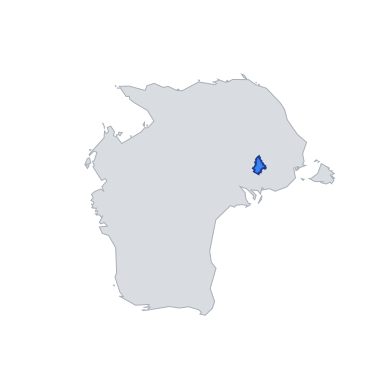 Wentworth, New South Wales, Australia shown in context, rotated 299°
{"feature_id": "25037944B48452017149194", "entity_name": "Wentworth", "entity_type": "district", "adm_level": 2, "iso_a3": "AUS", "parent_name": "Australia", "parent_adm1": "New South Wales", "projection": "orthographic", "projection_center": [141.921, -33.671], "detail": "fine", "context": "in_parent", "style": "filled", "palette": "blue", "viewbox_px": 384, "rotation_deg": 299, "n_neighbors": 0, "source": "geoboundaries", "source_scale": "gbopen_adm2", "svg_char_len": 5748}
<svg xmlns="http://www.w3.org/2000/svg" viewBox="0 0 384 384"><g transform="rotate(299 192 192)"><path d="M254.1,85.6L258.1,101.8L263.1,101.1L268.7,106.2L269.5,116.2L272.8,119.8L273.4,129.3L275.7,134.3L291.4,144.4L297.0,160.0L298.8,160.9L299.2,158.2L302.5,161.2L303.1,159.9L304.1,167.8L306.0,170.3L310.2,173.1L317.7,187.0L316.7,195.8L318.8,206.7L312.7,226.0L309.1,232.9L301.3,240.4L293.5,256.1L291.0,268.1L279.1,270.2L273.0,275.2L269.4,275.5L270.3,278.5L264.9,273.9L265.7,272.9L265.4,271.8L264.4,271.8L262.4,273.6L261.1,272.4L263.4,270.7L262.2,269.3L254.4,275.7L242.4,272.4L233.0,264.4L232.5,258.1L227.9,252.6L229.8,252.7L229.7,251.0L223.4,252.9L225.1,248.6L222.4,242.6L220.3,249.7L215.6,250.6L216.3,248.2L218.5,248.1L221.3,238.3L220.1,231.2L217.1,238.9L212.5,242.0L209.5,246.7L210.1,249.0L208.2,248.8L205.0,246.5L206.9,246.3L205.2,241.9L201.9,237.0L199.4,236.6L198.6,232.2L179.3,226.3L148.9,236.1L140.0,242.9L136.9,250.0L116.4,254.7L107.3,264.8L99.9,266.2L90.6,263.3L89.1,258.1L91.3,258.5L92.3,254.8L89.8,244.3L84.5,237.4L80.9,227.8L66.9,210.0L71.1,211.1L67.5,205.5L69.9,208.7L72.9,209.0L65.6,197.5L65.7,178.8L67.2,182.7L69.7,177.2L80.4,165.8L84.8,165.2L106.2,152.3L113.6,140.2L112.3,133.6L116.5,127.9L121.1,134.6L122.7,130.1L119.9,127.7L120.5,125.7L128.3,125.6L125.8,125.3L127.2,122.1L125.6,119.7L129.7,118.7L128.0,117.0L131.5,116.2L130.1,113.6L132.8,110.0L133.2,111.8L135.6,111.2L135.6,107.7L139.1,108.4L141.2,105.2L145.1,106.6L150.4,110.8L149.8,114.8L153.0,110.6L160.3,112.2L161.7,109.9L158.3,107.3L166.1,93.1L167.9,93.7L170.7,90.1L171.8,91.4L180.6,89.6L180.2,86.4L174.2,84.7L175.1,83.8L196.8,88.8L203.0,85.9L201.5,88.6L204.2,89.8L207.3,86.6L210.2,89.0L207.0,95.1L203.2,95.9L203.5,100.1L200.3,107.1L219.9,118.4L225.2,119.5L226.9,122.4L235.6,124.3L241.7,113.5L242.1,98.0L243.1,92.2L245.3,90.8L243.6,88.2L249.1,77.2L254.1,85.6ZM260.6,289.1L269.1,293.0L279.5,291.3L279.5,301.0L279.0,299.2L277.8,301.2L277.1,307.6L273.7,304.8L271.1,310.5L266.8,309.9L267.7,308.3L264.1,305.4L262.8,300.4L264.4,301.3L260.7,294.3L260.6,289.1ZM164.1,85.0L170.3,84.3L172.2,85.8L168.3,89.5L164.1,85.0ZM213.8,255.4L223.1,254.7L219.2,256.4L213.8,255.4ZM208.8,98.9L210.2,102.2L206.2,101.8L206.8,99.5L208.8,98.9ZM317.3,185.5L317.4,181.5L319.1,178.3L319.5,180.8L317.3,185.5ZM277.6,284.1L280.4,285.1L280.4,286.4L277.6,284.1ZM163.6,86.0L165.9,89.0L161.9,89.2L163.6,86.0ZM257.5,283.9L255.9,283.5L256.8,281.2L257.5,283.9ZM229.9,116.7L228.0,117.8L226.2,118.4L227.1,116.5L229.9,116.7ZM66.7,209.1L65.0,207.6L64.5,205.9L64.7,205.7L66.7,209.1ZM279.7,287.7L280.8,288.7L278.7,287.8L279.7,287.7ZM305.3,168.4L306.6,168.5L306.5,170.2L305.3,168.4ZM273.9,129.2L275.5,130.3L275.2,130.9L273.9,129.2ZM273.4,308.3L273.4,309.9L272.4,309.3L273.4,308.3ZM318.5,197.5L318.4,199.7L318.5,197.5ZM179.8,83.2L178.7,82.5L179.4,81.9L179.8,83.2ZM208.6,81.4L207.2,83.1L208.9,80.2L208.6,81.4ZM319.0,194.9L318.3,195.6L318.8,194.8L319.0,194.9ZM211.6,111.5L210.7,111.9L211.2,111.1L211.6,111.5ZM205.8,99.0L204.7,99.2L205.3,98.2L205.8,99.0ZM72.7,168.0L72.7,169.5L72.2,169.5L72.7,168.0ZM247.2,76.5L247.2,77.6L246.7,76.8L247.2,76.5ZM264.4,272.4L264.6,273.1L264.2,272.9L264.4,272.4ZM206.8,83.6L204.8,84.8L206.8,83.3L206.8,83.6ZM130.1,112.0L129.4,112.9L129.8,111.9L130.1,112.0ZM274.1,307.2L273.5,307.4L273.8,306.9L274.1,307.2ZM229.1,120.8L227.9,120.8L228.5,120.0L229.1,120.8ZM126.6,118.6L126.1,119.2L126.0,118.1L126.6,118.6ZM278.4,304.1L277.6,304.5L277.9,303.6L278.4,304.1ZM247.9,73.5L247.8,74.2L247.2,73.9L247.9,73.5ZM263.9,273.3L264.6,274.1L263.4,273.8L263.9,273.3ZM293.4,144.4L292.6,144.4L293.0,143.5L293.4,144.4ZM298.6,158.0L298.2,158.0L298.5,157.3L298.6,158.0ZM261.0,288.0L260.7,288.6L260.6,287.8L261.0,288.0Z" fill="#d9dde1" stroke="#a8b0b8" stroke-width="1"/><path d="M255.1,234.9L255.3,233.9L255.7,233.9L255.8,233.5L255.9,233.4L255.3,233.3L255.4,232.9L254.9,232.9L254.8,233.2L254.3,233.1L254.4,232.4L253.4,232.2L251.6,231.9L251.5,232.9L248.9,232.6L249.1,233.6L249.1,233.8L248.3,233.7L248.0,233.5L248.0,233.8L247.9,233.9L247.8,234.0L247.7,234.1L247.5,234.3L247.5,234.5L247.4,234.5L247.2,234.6L246.8,234.5L246.4,234.5L246.4,234.3L245.9,234.3L246.0,234.7L243.1,234.4L243.2,233.7L242.1,233.6L241.8,236.3L241.5,236.3L241.6,236.2L241.3,236.1L241.3,236.3L239.7,236.1L239.8,241.1L239.8,241.3L239.9,241.2L240.0,241.2L240.0,241.3L240.3,241.4L240.2,241.4L240.3,241.5L240.3,241.4L240.5,241.4L240.7,241.5L240.8,241.5L240.9,241.4L241.0,241.4L241.1,241.5L241.2,241.4L241.2,241.5L241.3,241.5L241.5,241.7L241.7,241.8L241.8,241.8L241.8,241.7L241.9,241.8L242.0,241.8L242.2,242.0L242.3,242.0L242.5,242.1L242.8,242.2L242.8,242.3L242.8,242.5L242.9,242.4L243.0,242.4L242.9,242.3L243.0,242.3L243.3,242.3L243.4,242.2L243.2,242.0L243.3,242.0L243.5,242.0L243.4,241.9L243.5,242.0L243.5,241.9L243.8,241.6L244.0,241.6L244.3,241.6L244.4,241.8L244.4,241.7L244.5,241.7L244.6,241.8L244.8,241.9L245.0,241.9L245.0,241.7L245.3,241.7L245.3,241.8L245.5,241.9L245.6,241.7L245.7,241.8L245.8,241.8L245.8,241.7L246.0,241.6L245.9,241.7L245.9,241.8L246.0,241.8L246.1,242.0L246.3,242.1L246.5,242.2L246.4,242.1L246.6,242.1L246.8,242.2L247.0,242.2L247.1,242.3L247.2,242.5L247.1,242.8L247.2,243.0L247.3,243.0L247.5,243.1L247.4,243.1L247.4,243.3L247.5,243.2L247.5,243.3L247.8,243.3L248.0,243.3L248.0,243.5L247.9,243.5L248.0,243.5L247.9,243.6L248.0,243.7L247.9,243.7L247.8,243.8L247.8,244.0L247.8,244.3L248.0,244.3L247.9,244.4L247.9,244.5L248.0,244.5L247.9,244.7L247.9,244.8L248.0,244.8L248.1,245.0L248.3,245.0L248.5,245.1L248.4,245.0L248.4,244.9L248.5,245.0L248.9,245.1L249.2,244.9L249.4,243.6L250.4,243.7L250.7,241.6L250.2,241.5L250.3,240.8L250.5,240.8L250.6,240.4L251.3,240.5L251.4,239.8L251.7,239.9L252.0,237.7L253.0,237.8L253.2,236.3L253.5,236.3L253.6,235.7L253.9,235.7L254.1,234.8L255.1,234.9Z" fill="#3b82f6" stroke="#1e3a8a" stroke-width="1.5"/></g></svg>